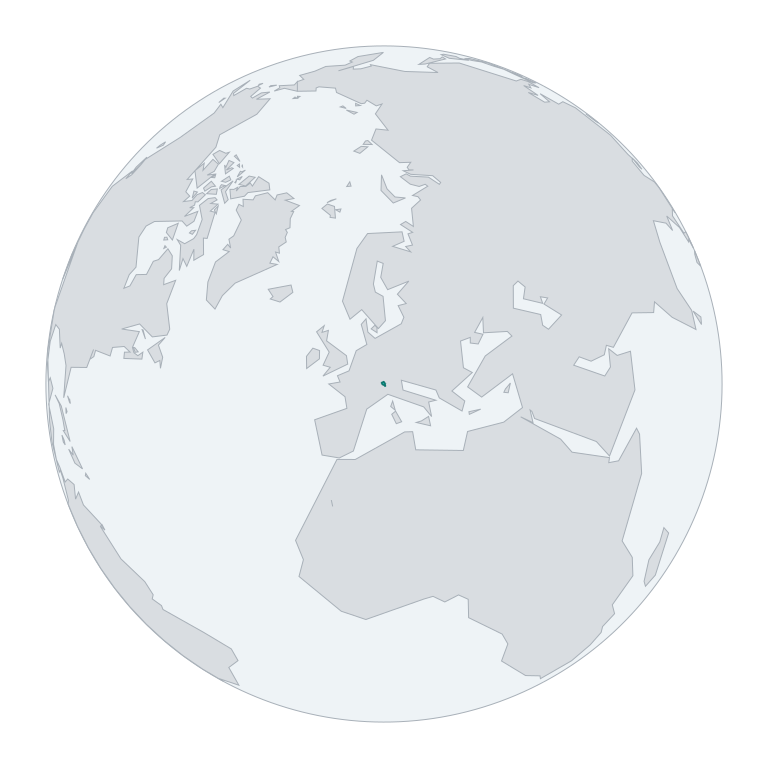 Ticino highlighted on a globe, orthographic projection, rotated 340°
{"feature_id": "CHE-168", "entity_name": "Ticino", "entity_type": "Canton", "adm_level": 1, "iso_a3": "CHE", "parent_name": "Switzerland", "parent_adm1": "", "projection": "orthographic", "projection_center": [8.86, 46.227], "detail": "fine", "context": "on_globe", "style": "filled", "palette": "teal", "viewbox_px": 768, "rotation_deg": 340, "n_neighbors": 0, "source": "natural_earth", "source_scale": "10m", "svg_char_len": 11291}
<svg xmlns="http://www.w3.org/2000/svg" viewBox="0 0 768 768"><g transform="rotate(340 384 384)"><circle cx="384" cy="384" r="338" fill="#eef3f6" stroke="#a8b0b8"/><path d="M99.0,202.4L101.4,198.8L144.9,145.9L118.0,175.6L135.6,154.9L135.2,155.4L155.3,135.8L169.3,123.5L196.3,105.3L220.7,97.7L211.6,102.8L218.5,101.1L230.4,94.9L236.5,91.3L276.4,82.7L317.1,71.3L326.4,65.3L327.1,69.2L342.4,57.1L362.2,52.8L342.0,59.4L341.5,61.6L356.0,59.1L358.7,60.9L367.2,61.0L369.1,63.7L357.1,68.2L358.1,70.3L368.3,68.5L376.6,70.6L361.5,72.8L374.5,77.0L356.8,87.0L314.9,93.6L307.0,104.0L269.0,124.5L274.4,125.9L263.5,135.6L265.7,141.0L258.0,144.0L266.4,145.9L273.0,142.2L278.9,142.0L280.8,145.1L271.4,149.2L269.0,148.2L267.2,151.1L261.7,151.9L265.5,153.2L253.8,158.3L268.1,158.1L261.1,166.1L252.6,168.2L250.0,161.7L223.9,152.8L214.5,154.2L203.9,162.1L190.9,189.4L182.0,194.1L172.3,205.1L178.8,204.9L188.6,196.5L198.3,199.8L209.2,189.8L214.7,190.0L227.2,183.0L228.9,191.1L223.8,203.1L213.5,209.5L210.9,215.3L223.7,215.3L207.3,234.2L201.4,259.2L196.8,263.8L182.4,260.5L174.9,244.0L156.3,242.6L172.0,251.1L160.1,263.6L159.7,269.1L162.4,273.2L168.3,271.6L165.0,277.8L148.3,271.0L151.0,265.3L156.3,267.2L152.7,259.9L141.4,256.8L136.2,264.0L124.5,253.7L120.7,259.0L116.0,260.2L122.9,252.2L110.3,266.8L95.7,261.3L78.3,287.4L91.5,257.9L93.8,246.4L95.0,235.5L92.0,239.5L97.7,221.5L95.9,215.9L84.9,229.8L74.7,249.7L69.4,267.2L72.5,264.0L71.4,274.8L62.0,288.2L58.3,313.1L52.8,327.8L50.3,343.0L50.9,351.5L50.9,367.0L54.3,365.1L58.4,372.5L54.8,386.7L60.0,381.1L60.2,394.9L70.6,419.6L68.8,420.9L77.0,458.4L91.6,487.9L95.0,503.1L92.7,506.7L99.1,516.1L99.2,520.3L129.9,556.1L149.9,580.7L152.2,594.0L141.2,597.3L144.6,617.4L128.4,604.5L131.4,608.5L116.1,589.9L102.1,570.3L89.6,549.8L78.5,528.4L69.0,506.3L61.1,483.6L54.8,460.4L50.2,436.7L47.3,412.8L46.1,388.8L47.7,385.3L50.1,362.6L50.3,354.4L48.8,355.7L52.2,324.7L57.2,304.0L79.2,238.0L99.0,202.4ZM73.2,294.3L69.4,330.7L66.7,318.1L68.1,318.6L70.1,307.5L72.1,291.4L71.2,281.7L73.2,294.3ZM82.3,292.0L82.6,286.8L83.0,290.9L82.3,292.0ZM238.8,89.7L230.3,94.7L218.6,99.9L225.4,95.4L238.8,89.7ZM261.6,81.7L258.3,84.1L250.9,84.6L255.1,83.1L261.6,81.7ZM332.5,61.1L325.0,63.0L331.3,60.6L332.5,61.1ZM368.0,60.6L369.3,59.6L373.2,60.1L368.0,60.6ZM225.5,179.1L226.3,181.0L223.5,181.3L225.5,179.1ZM230.1,174.5L226.3,173.4L227.9,171.1L230.2,171.8L230.1,174.5ZM379.7,64.9L385.5,66.5L377.5,65.6L379.7,64.9ZM234.4,176.3L231.3,167.2L234.3,163.2L245.6,162.6L234.4,176.3ZM387.6,67.9L402.0,72.3L406.0,70.2L402.7,79.3L391.6,72.1L381.0,71.2L387.4,70.0L387.6,67.9ZM274.3,139.8L267.3,143.8L271.4,137.7L274.3,139.8ZM275.4,136.0L279.3,118.9L290.6,115.0L287.0,121.3L300.1,114.4L303.6,120.8L297.2,126.1L289.3,127.2L296.7,128.9L275.4,136.0ZM398.5,83.9L400.2,85.9L396.2,84.7L398.5,83.9ZM281.6,141.5L281.4,138.2L291.1,134.4L293.3,140.5L289.4,139.7L281.6,141.5ZM301.8,109.7L309.4,108.3L314.3,113.1L317.9,113.3L304.7,120.7L301.8,109.7ZM288.2,142.1L294.1,143.7L291.3,148.4L282.4,144.5L288.2,142.1ZM292.7,131.0L297.4,129.7L295.5,132.3L292.7,131.0ZM284.6,166.8L284.1,162.4L289.1,160.0L284.6,166.8ZM296.5,144.0L297.5,142.4L299.4,141.1L302.6,143.2L296.5,144.0ZM309.1,123.7L309.6,126.2L314.8,120.9L318.7,124.6L309.1,129.0L314.9,128.7L316.1,129.9L306.9,132.3L309.1,123.7ZM311.7,141.5L300.8,149.1L300.6,157.5L296.1,159.7L297.3,145.9L311.7,141.5ZM309.7,135.8L309.9,139.8L304.2,140.3L300.6,137.9L309.7,135.8ZM324.8,125.6L321.3,118.8L323.5,118.1L324.8,125.6ZM312.7,143.7L315.3,141.9L313.4,144.3L312.7,143.7ZM322.4,131.0L320.8,128.5L323.4,127.8L322.4,131.0ZM321.8,140.5L318.3,142.8L315.7,141.2L321.8,140.5ZM323.0,136.0L326.9,135.6L316.9,139.2L321.8,135.0L323.0,136.0ZM325.0,130.7L326.0,129.4L325.3,131.8L325.0,130.7ZM333.6,145.7L321.7,150.6L316.0,146.8L328.4,142.5L333.6,145.7ZM721.2,361.5L721.2,362.0L719.7,352.5L718.8,354.5L715.2,338.0L707.1,322.8L707.7,338.5L704.0,329.3L693.0,322.7L691.7,345.1L692.1,394.6L698.3,420.1L695.8,439.5L677.6,419.9L666.3,399.3L661.8,409.1L641.4,402.0L612.1,428.0L606.2,423.7L601.0,431.9L586.4,433.4L576.7,425.2L568.7,431.2L594.2,452.0L602.6,445.5L607.2,427.7L612.9,436.9L626.8,437.5L617.8,475.4L571.3,528.8L563.9,510.7L513.7,467.9L513.6,460.4L513.2,459.7L512.4,458.4L510.8,471.3L501.2,461.6L531.1,496.2L537.4,512.4L570.7,530.3L568.3,534.8L578.2,536.4L606.2,511.9L607.0,518.5L595.5,556.2L554.1,612.9L558.0,631.8L552.3,649.3L523.0,669.6L522.1,678.7L506.4,686.7L503.1,691.7L488.6,699.6L465.6,708.2L430.2,714.4L430.8,711.6L417.3,706.4L399.7,684.5L411.5,670.6L409.5,659.4L383.6,632.5L389.5,615.1L381.9,607.7L366.6,609.6L357.4,600.3L347.9,599.7L286.4,599.1L266.1,582.9L238.3,535.8L248.2,521.5L247.4,500.7L314.0,438.8L331.2,445.1L387.0,436.1L394.6,438.6L391.3,456.7L435.8,473.6L446.3,457.2L483.5,460.8L506.1,453.5L508.3,418.4L471.3,429.7L461.6,415.3L488.7,392.3L520.6,382.7L517.9,376.8L495.0,369.9L499.6,355.3L486.8,366.5L494.0,371.1L486.2,378.6L479.1,375.0L481.0,369.7L470.6,369.8L464.2,395.9L470.9,403.4L445.4,413.8L454.1,427.6L448.1,436.1L431.2,416.0L430.7,407.4L401.6,386.4L399.8,396.2L427.2,417.0L419.8,416.2L417.6,430.9L413.5,419.1L384.1,395.0L359.2,401.7L332.3,436.5L316.7,438.2L301.5,429.6L306.6,393.9L340.8,394.2L343.0,382.6L332.1,365.1L343.4,367.1L343.1,360.3L355.6,359.7L369.3,343.2L381.4,341.0L383.0,320.2L389.4,316.6L386.6,329.7L391.2,338.1L420.8,333.3L425.5,328.1L424.1,315.2L432.4,316.0L427.3,304.2L442.5,295.8L419.7,296.6L417.4,282.7L424.5,270.4L419.7,266.2L408.2,286.5L407.3,294.7L413.1,301.3L407.0,325.0L397.7,330.0L388.5,306.5L374.2,311.5L373.3,292.0L404.9,247.4L420.0,237.0L453.0,247.2L451.7,256.8L439.2,257.6L454.3,269.0L451.4,262.2L458.3,263.2L457.9,251.1L462.8,251.3L454.1,239.8L460.0,238.7L465.5,246.0L470.0,228.3L481.3,223.6L480.0,219.6L475.3,216.6L492.8,213.1L491.0,210.4L484.6,210.4L477.0,205.2L470.3,194.8L476.7,194.1L480.0,197.8L496.5,204.8L504.3,215.3L506.2,214.0L501.0,204.9L480.8,196.1L475.0,190.2L484.9,192.9L480.8,191.4L479.9,188.3L485.0,184.8L474.3,181.3L455.7,150.6L463.7,141.6L474.6,146.9L468.3,127.2L477.9,120.2L471.9,120.0L465.0,111.5L461.9,113.5L458.5,112.8L439.1,93.8L439.6,89.4L424.5,82.5L421.5,82.6L420.3,85.4L402.7,79.3L406.0,70.2L412.8,70.3L410.3,65.2L426.0,66.4L437.9,65.7L456.5,71.1L464.3,70.6L462.4,68.8L471.5,67.4L496.9,72.2L484.7,76.2L448.3,74.1L463.9,75.2L462.8,77.6L470.0,79.9L480.7,80.9L480.5,79.3L510.4,97.4L541.3,109.8L533.1,100.7L536.5,98.2L564.5,108.1L611.9,144.5L616.9,144.5L622.9,149.1L631.1,158.6L622.6,152.0L623.3,156.0L617.3,151.3L627.5,165.5L619.3,159.4L631.3,174.1L636.0,175.4L630.0,164.6L643.9,180.8L648.6,179.9L658.4,190.0L681.9,227.6L691.8,251.8L694.4,256.8L693.5,259.5L699.7,276.9L707.2,286.6L709.6,293.8L716.1,322.6L714.9,317.7L712.6,324.7L717.5,344.9L719.5,344.1L720.0,347.6L721.2,361.5ZM294.8,475.0L293.9,481.5L294.8,475.0ZM557.3,388.8L574.5,379.9L561.7,363.6L567.2,359.1L560.8,355.5L560.7,362.5L544.2,351.6L549.8,341.1L545.1,333.1L539.1,335.8L531.5,357.0L555.0,372.3L553.2,383.1L557.3,388.8ZM71.0,420.2L71.8,425.9L69.8,422.0L71.0,420.2ZM63.9,321.8L64.2,327.3L63.6,332.2L62.8,328.9L63.9,321.8ZM73.2,365.9L74.8,373.0L72.0,368.0L73.2,365.9ZM69.3,336.1L71.7,360.7L66.5,352.7L65.4,337.4L67.6,344.6L69.3,336.1ZM77.0,297.3L76.7,301.6L75.1,303.1L77.0,297.3ZM82.6,295.1L82.3,294.0L83.5,290.4L82.6,295.1ZM161.1,263.9L162.3,264.7L164.0,269.7L161.0,269.1L161.1,263.9ZM185.2,283.1L179.3,292.8L181.4,285.2L176.0,285.8L173.5,271.1L194.3,265.4L185.3,270.3L185.2,283.1ZM176.1,250.8L175.2,260.2L175.3,250.2L176.1,250.8ZM329.4,326.0L334.9,330.5L331.9,338.3L316.6,343.0L320.6,331.5L329.4,326.0ZM343.4,335.3L338.5,311.9L347.8,308.7L343.4,314.3L350.1,314.6L344.8,323.8L358.4,344.5L356.7,352.9L329.3,355.7L339.2,349.9L333.2,345.5L343.4,335.3ZM309.6,263.9L307.6,255.4L330.5,259.2L329.7,266.7L314.3,271.4L306.2,265.2L309.6,263.9ZM255.1,177.8L252.8,175.5L255.5,174.2L259.5,175.1L255.1,177.8ZM284.0,164.9L267.6,186.7L264.2,185.1L258.7,200.7L247.6,202.7L251.5,192.3L238.9,206.0L238.0,197.4L230.4,207.4L240.4,184.1L239.1,177.6L244.7,184.0L254.9,182.3L259.0,179.6L269.4,167.2L271.7,153.0L282.2,149.6L289.0,151.1L290.1,153.9L282.9,155.1L289.5,158.2L279.9,162.1L284.0,164.9ZM362.8,178.9L354.1,177.5L365.6,187.4L356.1,190.1L358.1,191.1L352.5,196.5L349.1,205.0L344.3,205.2L345.0,208.5L341.3,212.4L340.7,217.1L332.0,219.2L330.5,225.3L327.2,222.9L327.0,232.9L323.2,226.5L318.1,231.4L324.5,235.1L278.6,238.3L262.3,245.7L250.8,255.8L245.8,244.3L253.4,227.9L267.4,211.7L283.8,206.6L278.6,202.7L284.9,199.3L286.4,203.8L287.8,194.9L293.4,193.4L306.0,181.1L304.6,170.0L309.1,165.5L312.5,169.1L314.7,162.2L324.0,166.2L327.5,163.2L340.2,164.5L344.7,173.8L348.2,169.8L358.0,171.1L362.8,178.9ZM337.1,146.3L344.6,156.0L343.1,162.5L321.6,157.6L317.1,159.8L303.3,157.6L305.8,148.4L309.5,149.8L313.7,149.1L311.2,152.2L316.4,149.2L321.7,151.1L327.1,149.4L328.0,153.0L337.1,146.3ZM401.2,431.2L406.6,431.5L414.8,429.7L413.5,439.2L401.2,431.2ZM380.9,415.1L385.6,413.5L387.7,425.5L382.0,425.5L380.9,415.1ZM386.3,403.0L385.6,412.5L382.6,407.4L386.3,403.0ZM390.8,327.8L395.5,325.7L396.7,328.6L395.0,333.4L390.8,327.8ZM395.1,211.5L390.3,209.0L391.3,207.1L385.7,197.8L392.3,195.5L398.2,200.2L395.1,211.5ZM503.1,426.3L497.7,434.7L493.8,432.8L496.4,430.2L503.1,426.3ZM454.3,439.1L466.3,440.7L453.8,441.7L454.3,439.1ZM401.3,207.4L398.2,203.7L403.4,204.8L401.3,207.4ZM396.8,193.3L402.6,193.7L392.4,194.1L396.8,193.3ZM600.5,621.4L573.6,656.4L560.5,663.5L560.9,658.4L572.8,639.8L589.1,626.8L597.9,614.7L600.5,621.4ZM721.9,381.7L719.7,376.8L720.4,368.5L721.4,364.9L721.9,381.7ZM699.4,421.2L704.7,429.4L702.7,436.7L699.4,421.2ZM697.7,263.1L699.8,270.4L698.2,267.4L694.5,256.4L697.7,263.1ZM666.0,199.2L672.2,208.0L674.8,212.2L672.7,209.5L666.0,199.2ZM453.2,186.6L453.6,201.7L458.3,212.0L467.8,216.5L454.6,217.1L447.4,201.1L453.2,186.6ZM454.7,154.9L446.4,151.7L449.7,149.3L452.1,149.7L454.7,154.9ZM449.9,155.6L440.2,159.0L435.3,154.8L443.9,152.9L449.9,155.6ZM421.0,182.3L420.7,186.8L416.5,185.7L421.0,182.3ZM619.3,142.4L615.9,139.8L610.9,134.7L614.6,137.9L619.3,142.4ZM591.3,117.5L608.4,132.6L621.6,145.9L620.9,144.5L630.0,153.2L627.2,152.0L612.9,138.0L604.2,129.2L596.2,123.2L585.7,114.7L577.7,110.3L570.9,105.8L575.5,107.3L591.3,117.5ZM574.5,108.9L556.8,100.3L550.4,94.1L552.8,94.5L563.7,100.9L566.4,103.8L574.5,108.9ZM550.6,96.6L553.0,99.6L532.1,97.4L526.1,95.6L538.6,92.8L541.6,95.6L547.9,97.5L550.6,96.6ZM403.3,85.0L400.5,85.8L401.1,84.0L403.3,85.0ZM457.0,114.2L452.5,113.0L453.3,110.6L457.0,114.2ZM440.5,108.6L442.7,112.1L437.7,108.7L440.5,108.6ZM448.1,120.2L442.3,113.7L451.6,119.6L448.1,120.2Z" fill="#d9dde1" stroke="#a8b0b8" stroke-width="1"/><path d="M383.5,384.7L383.4,384.7L383.4,384.8L383.1,384.7L382.9,384.6L382.7,384.2L382.4,384.0L382.3,383.9L382.2,383.8L382.2,383.7L382.3,383.2L382.3,382.9L382.2,382.7L382.1,382.4L382.3,382.4L382.4,382.2L382.6,382.1L382.6,381.9L383.1,382.0L383.3,381.9L383.4,382.0L383.7,382.0L383.9,381.9L384.2,381.9L384.2,381.7L384.3,381.7L384.6,381.7L384.7,381.8L384.7,382.0L384.7,382.3L384.8,382.5L384.9,382.8L385.0,382.9L384.9,383.0L384.9,383.3L384.9,383.5L384.9,383.8L384.9,384.0L385.0,384.1L385.2,384.3L384.9,384.5L384.9,384.8L384.8,385.0L384.7,385.0L384.6,385.4L384.5,385.5L384.6,385.8L384.8,385.8L384.8,386.0L384.7,386.2L384.6,386.4L384.3,386.3L384.2,386.3L384.2,386.2L384.2,385.9L384.1,385.7L383.8,385.5L383.7,385.4L383.7,385.2L383.8,385.1L383.9,384.9L383.7,384.8L383.5,384.7L383.5,384.7Z" fill="#14b8a6" stroke="#0f766e" stroke-width="1.5"/></g></svg>